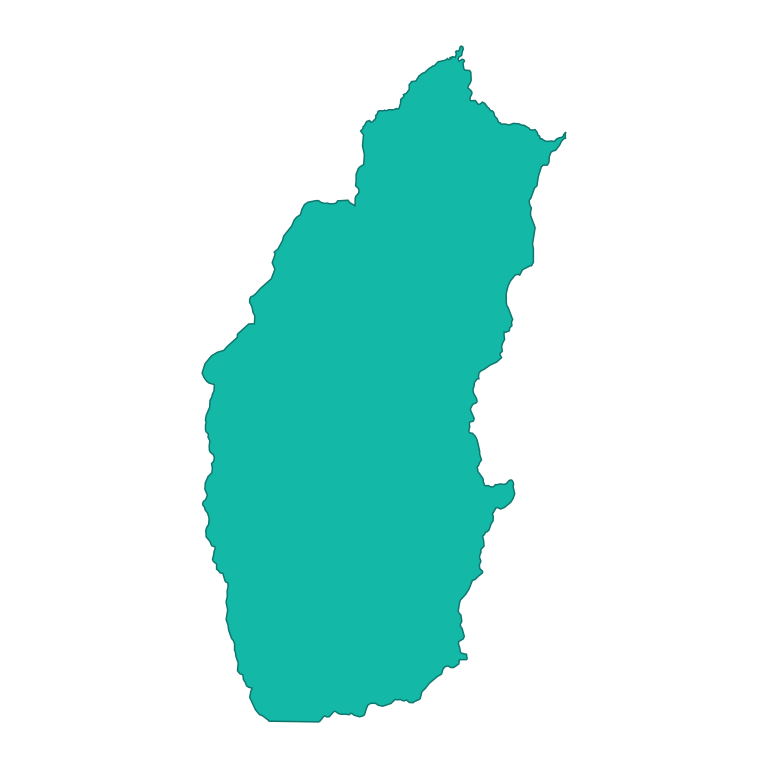 Nangaritza, Zamora Chinchipe, Ecuador
{"feature_id": "8360857B36504899110850", "entity_name": "Nangaritza", "entity_type": "district", "adm_level": 2, "iso_a3": "ECU", "parent_name": "Ecuador", "parent_adm1": "Zamora Chinchipe", "projection": "natural_earth1", "projection_center": [-78.749, -4.316], "detail": "fine", "context": "isolated", "style": "filled", "palette": "teal", "viewbox_px": 768, "rotation_deg": 0, "n_neighbors": 0, "source": "geoboundaries", "source_scale": "gbopen_adm2", "svg_char_len": 6073}
<svg xmlns="http://www.w3.org/2000/svg" viewBox="0 0 768 768"><path d="M363.1,126.7L363.1,128.4L360.6,131.0L363.5,134.7L362.5,146.0L364.4,154.5L363.7,164.5L360.1,166.7L358.4,168.5L356.1,174.2L356.1,181.4L355.6,185.8L358.4,188.5L359.0,190.3L358.8,192.8L355.9,196.2L355.2,198.3L355.0,205.7L349.9,202.7L347.9,200.2L337.6,200.9L336.1,203.1L333.1,203.8L329.7,203.8L327.4,203.1L324.3,203.4L321.2,202.5L318.5,200.6L315.7,200.7L308.0,202.2L304.5,204.6L301.9,209.4L300.4,214.7L296.9,217.0L294.4,219.7L291.7,226.0L283.7,236.0L282.5,240.7L277.9,249.0L274.2,252.1L275.0,253.6L275.0,254.7L272.2,262.7L274.9,269.3L271.3,278.8L260.5,288.4L255.4,294.1L253.0,296.0L251.0,296.7L249.7,299.0L249.6,302.3L251.9,306.7L253.0,312.3L254.8,315.8L254.4,323.8L248.7,324.0L238.0,333.7L237.4,334.5L237.4,336.6L236.8,337.9L227.4,346.3L223.8,350.4L217.3,352.3L211.3,356.0L205.1,363.7L202.1,373.0L204.0,377.5L206.8,381.4L209.1,383.1L213.8,384.4L214.4,385.1L213.9,391.2L212.4,394.2L211.8,397.1L210.0,400.3L209.7,407.1L206.3,415.1L205.5,419.3L205.5,420.6L206.3,422.0L205.5,425.1L205.5,430.1L206.2,431.9L208.4,434.0L208.0,437.2L209.8,440.8L209.2,446.2L209.4,450.3L210.3,452.2L213.2,454.6L214.4,457.4L213.7,461.2L211.6,463.6L212.4,468.6L211.8,472.8L208.1,476.5L205.3,482.9L204.9,489.2L207.4,495.2L205.6,499.8L203.4,501.5L202.6,503.7L202.8,505.0L204.5,507.1L205.1,509.8L207.6,513.2L209.1,518.0L208.7,524.3L206.7,527.4L205.8,530.5L206.2,536.9L209.8,541.2L211.7,545.7L215.1,547.0L215.1,549.0L214.0,551.6L213.5,555.6L212.5,559.1L213.3,561.4L216.6,564.0L216.6,569.3L217.9,570.1L220.1,572.8L222.9,573.5L225.0,580.9L226.0,582.1L227.9,582.9L228.1,586.9L227.1,590.9L227.3,596.8L226.3,600.6L226.2,602.8L227.7,609.9L226.1,619.5L228.0,624.9L228.7,630.3L231.5,638.3L233.4,640.6L234.6,643.8L234.5,650.2L235.4,652.0L235.8,655.8L238.2,663.1L237.5,670.7L239.7,673.6L242.8,674.8L243.5,679.7L245.2,682.2L246.7,686.0L249.0,687.4L252.1,688.1L250.8,691.4L249.7,697.3L255.5,709.8L259.5,714.6L262.4,715.7L268.3,720.1L269.0,721.2L318.6,721.9L320.1,721.0L323.9,716.2L324.6,715.9L326.7,716.9L329.3,716.7L333.7,711.7L335.3,711.3L338.5,713.6L341.3,714.3L345.0,714.1L349.2,714.7L350.4,713.5L351.7,713.3L354.1,715.2L359.6,716.8L362.9,715.9L364.5,714.7L366.2,709.0L367.9,705.0L370.7,703.3L375.4,703.3L378.4,705.3L382.8,706.2L391.1,703.4L395.0,699.5L398.0,699.9L400.4,699.4L402.0,700.4L404.2,700.9L406.4,700.0L409.4,702.5L413.1,702.7L414.4,701.5L418.6,699.8L420.2,698.6L421.9,691.7L425.4,688.3L429.2,683.4L437.2,676.6L441.5,674.1L443.1,668.8L445.3,666.6L447.9,665.9L451.0,667.6L453.7,667.5L458.8,663.9L459.3,660.2L460.0,659.7L466.5,659.6L467.1,658.7L466.5,654.3L461.2,653.1L460.5,652.3L459.5,647.0L458.4,644.0L458.8,641.5L463.1,639.0L464.3,636.5L462.2,628.8L460.3,625.8L460.4,624.3L461.8,621.2L460.9,615.0L459.1,613.2L458.2,611.0L459.6,602.5L460.4,600.1L465.7,594.3L469.0,589.1L472.4,580.4L475.1,579.5L478.4,576.1L482.5,572.9L482.6,571.3L479.7,568.5L479.4,564.7L480.9,561.3L479.6,557.8L479.6,555.8L481.0,552.2L480.9,549.4L484.0,546.2L483.7,541.1L482.6,536.3L484.2,534.7L485.6,532.2L487.0,531.8L488.9,530.2L491.1,523.8L493.1,520.8L493.3,516.0L492.6,514.9L492.5,513.4L493.2,512.9L496.0,507.8L497.6,507.6L500.6,509.0L504.5,507.4L510.6,502.4L512.9,498.9L514.7,493.9L513.1,486.6L513.6,484.1L513.0,481.9L511.8,480.2L510.7,479.9L509.0,480.6L506.2,483.8L503.8,484.4L500.1,483.9L497.4,484.7L495.4,484.6L493.3,486.9L490.5,486.8L488.2,485.5L485.8,485.9L484.6,485.2L483.2,481.3L483.4,480.0L482.7,478.1L477.8,471.3L477.8,469.6L477.0,467.2L478.5,465.5L479.6,462.6L481.5,460.0L479.7,454.3L479.6,451.0L477.9,443.2L476.9,439.5L475.3,436.3L472.5,433.3L469.6,432.8L468.7,431.0L469.8,426.7L469.3,424.2L469.6,422.5L470.7,421.6L472.8,421.4L473.5,420.8L474.2,418.5L470.8,410.8L470.5,409.4L470.7,408.2L472.8,404.3L476.5,402.7L477.1,401.4L476.6,398.8L473.6,393.3L472.9,389.8L474.0,386.2L474.5,382.4L477.1,378.9L478.9,378.8L478.5,376.4L479.0,372.9L481.1,370.8L484.3,369.2L489.9,365.2L496.6,362.1L501.6,357.6L500.0,354.7L500.1,353.4L502.3,351.3L501.6,346.6L502.6,343.2L504.6,339.3L504.0,335.1L504.2,331.9L506.1,332.2L509.3,330.7L509.8,327.7L511.9,325.7L511.5,321.8L512.7,319.6L508.2,307.8L506.8,305.5L506.3,302.4L506.2,293.6L508.0,286.0L510.4,281.0L515.0,275.2L517.1,274.4L519.0,274.6L519.7,275.1L522.5,269.7L529.7,266.0L531.5,265.7L533.4,262.4L533.4,248.4L532.5,244.1L535.1,227.7L530.6,215.5L530.6,211.7L531.4,208.0L529.8,205.1L529.1,200.5L530.9,198.1L534.5,188.0L536.9,185.9L538.3,176.5L541.3,167.0L543.1,165.1L547.3,165.1L549.0,162.1L549.3,156.7L550.8,152.7L551.2,152.0L553.8,150.7L555.5,150.4L559.6,145.1L561.5,141.2L563.8,138.7L565.4,138.3L565.3,134.0L565.9,132.0L563.6,134.7L563.3,136.0L561.9,137.3L559.1,137.8L556.6,139.0L554.3,141.5L551.6,141.0L546.4,141.4L543.6,140.2L541.8,138.7L540.1,138.8L539.6,136.1L538.1,135.2L536.9,131.9L535.0,129.6L532.3,130.1L530.0,129.6L529.0,128.2L523.9,125.2L522.4,125.3L518.7,123.8L513.4,123.4L509.1,125.0L505.1,124.0L501.3,124.1L500.1,122.7L498.6,122.4L497.2,118.8L494.7,116.1L493.7,112.4L492.3,110.8L491.0,110.8L489.6,109.5L489.1,108.4L487.0,106.8L486.5,105.4L485.2,104.4L485.1,103.5L482.3,102.1L480.3,104.0L478.3,104.5L475.3,100.5L470.8,100.8L470.2,100.1L470.0,97.6L471.8,94.1L471.9,92.2L470.8,90.4L468.1,88.1L467.9,86.7L470.4,82.6L471.2,80.1L470.8,72.2L469.6,70.5L465.1,70.2L463.8,68.8L463.0,63.2L464.5,61.2L463.8,59.8L462.1,59.2L459.2,61.3L458.1,59.6L458.7,57.3L461.6,55.4L462.4,51.1L463.3,49.4L462.9,47.1L461.3,46.1L460.2,46.7L459.2,50.3L458.4,51.2L456.5,50.9L455.6,51.8L456.4,54.0L455.2,57.4L452.7,56.6L451.8,57.1L451.5,58.1L450.9,57.4L450.0,57.6L450.3,58.8L449.0,59.7L448.1,59.4L447.7,58.5L445.3,60.2L438.1,61.8L434.3,65.8L432.6,66.1L431.1,67.4L429.4,68.2L424.5,72.7L422.7,73.1L419.0,75.9L415.9,81.0L411.5,81.6L410.5,83.3L409.2,84.6L409.2,89.5L406.4,93.3L403.4,94.6L404.0,95.6L403.7,96.7L400.8,99.3L400.5,103.6L398.9,108.4L398.0,109.1L396.4,108.5L393.6,109.8L388.8,109.7L386.4,110.8L384.7,110.2L383.5,110.8L379.0,110.8L377.9,111.6L377.3,113.8L375.6,115.7L376.0,117.1L374.9,119.8L373.9,120.1L372.3,122.1L371.1,122.2L369.5,120.5L366.6,121.5L364.5,125.6L363.1,126.7Z" fill="#14b8a6" stroke="#0f766e" stroke-width="1.5"/></svg>